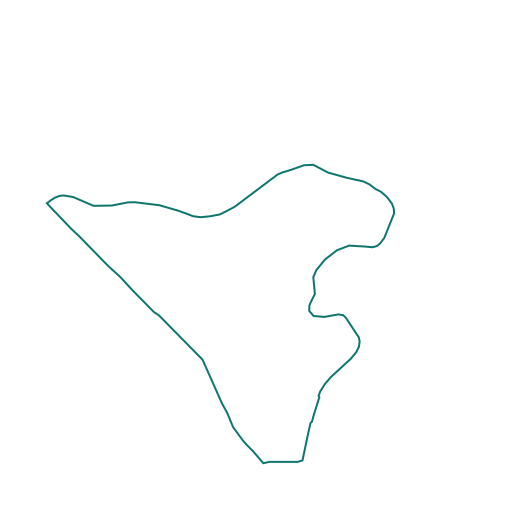 the district of San Bartolo, Totonicapán, Guatemala, rotated 227°
{"feature_id": "79465075B3234848459955", "entity_name": "San Bartolo", "entity_type": "district", "adm_level": 2, "iso_a3": "GTM", "parent_name": "Guatemala", "parent_adm1": "Totonicapán", "projection": "equal_earth", "projection_center": [-91.463, 15.109], "detail": "fine", "context": "isolated", "style": "outline", "palette": "teal", "viewbox_px": 512, "rotation_deg": 227, "n_neighbors": 0, "source": "geoboundaries", "source_scale": "gbopen_adm2", "svg_char_len": 1249}
<svg xmlns="http://www.w3.org/2000/svg" viewBox="0 0 512 512"><g transform="rotate(227 256 256)"><path d="M99.5,120.0L96.3,125.4L77.0,146.1L74.8,150.6L91.7,174.6L96.7,182.0L96.7,184.0L99.9,189.1L109.5,206.0L111.0,206.3L113.1,210.5L115.4,219.2L116.4,228.5L116.2,255.3L117.3,263.7L119.4,269.3L122.8,273.5L126.6,275.8L130.6,276.4L149.5,279.6L153.3,279.4L157.1,276.4L164.8,264.5L172.8,257.2L179.6,257.5L183.4,261.3L184.9,264.7L188.1,273.2L201.5,283.5L204.5,290.4L206.4,304.1L205.0,319.0L200.1,331.2L192.6,338.3L188.9,341.9L183.3,346.8L181.8,349.2L180.7,351.7L180.6,355.6L181.7,362.1L193.0,386.1L196.9,389.2L201.6,391.1L209.7,392.0L217.8,391.2L223.4,389.1L231.0,387.8L237.3,385.4L251.3,375.7L267.9,365.6L283.6,360.1L289.7,352.9L295.2,340.2L299.0,332.5L300.9,327.1L306.5,274.3L308.8,265.5L311.1,257.8L316.6,249.2L322.1,242.0L328.0,237.1L333.4,234.5L342.6,229.8L359.1,219.9L377.9,204.1L382.5,199.0L391.2,185.0L403.5,171.4L423.8,162.5L431.0,157.0L433.0,154.7L434.4,152.2L435.8,148.7L436.6,144.3L437.2,139.1L435.7,139.0L401.9,139.4L392.4,140.1L349.3,141.1L333.3,142.4L315.3,142.3L284.8,143.1L278.8,144.5L216.6,146.2L171.2,130.5L161.1,128.0L146.3,122.5L130.2,120.6L124.0,120.4L115.1,120.7L99.5,120.0Z" fill="none" stroke="#0f766e" stroke-width="2"/></g></svg>